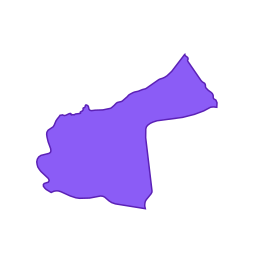 the border of Sennar, rotated 295°
{"feature_id": "SDN-880", "entity_name": "Sennar", "entity_type": "Region", "adm_level": 1, "iso_a3": "SDN", "parent_name": "Sudan", "parent_adm1": "", "projection": "albers", "projection_center": [34.248, 12.985], "detail": "fine", "context": "isolated", "style": "filled", "palette": "violet", "viewbox_px": 256, "rotation_deg": 295, "n_neighbors": 0, "source": "natural_earth", "source_scale": "10m", "svg_char_len": 2332}
<svg xmlns="http://www.w3.org/2000/svg" viewBox="0 0 256 256"><g transform="rotate(295 128 128)"><path d="M190.6,194.1L190.5,195.3L190.4,195.9L188.5,198.0L184.3,199.7L183.3,196.7L182.0,194.5L181.5,193.9L175.5,189.4L168.4,182.4L160.7,173.0L146.8,151.2L143.8,148.0L141.5,146.1L139.1,144.8L137.0,144.2L134.7,144.5L126.7,148.1L81.0,176.4L79.9,176.8L78.0,176.7L70.9,174.9L69.2,174.7L67.7,174.9L66.4,175.3L65.1,175.8L64.0,176.4L62.2,177.8L53.9,148.6L53.5,144.7L54.0,141.3L55.5,136.1L55.5,134.1L54.8,131.9L48.3,122.8L43.8,113.8L42.7,110.2L42.0,104.3L41.9,94.2L41.6,91.8L41.0,90.1L40.1,88.6L39.4,87.6L37.1,85.6L37.7,79.9L38.3,78.1L39.4,76.0L40.9,75.2L42.3,75.5L45.3,78.7L47.2,78.7L48.6,77.1L51.7,67.7L52.9,65.3L54.5,62.8L56.6,61.0L58.8,59.6L61.4,59.0L64.0,59.3L66.4,60.7L71.6,67.1L73.1,68.0L74.7,67.8L76.6,66.6L81.7,61.5L85.6,58.4L87.8,57.0L89.4,56.4L90.3,56.3L91.1,56.4L92.1,56.5L92.9,56.9L97.0,59.4L97.7,59.7L99.5,59.9L104.0,59.7L107.0,60.2L108.3,60.6L110.9,61.1L111.3,61.9L112.0,62.8L112.2,63.0L112.2,63.3L112.3,64.6L112.4,65.1L112.8,65.7L113.4,66.4L116.1,68.6L116.7,69.4L116.9,69.8L116.9,70.1L116.8,70.3L116.6,70.4L116.2,70.5L116.0,70.8L116.0,71.2L116.7,72.2L117.0,73.0L117.2,73.6L117.6,74.0L118.2,74.2L118.6,74.6L120.7,78.1L121.3,78.7L121.6,78.7L122.0,78.1L122.4,78.1L123.0,78.5L124.2,79.4L124.9,79.6L125.7,79.6L126.8,79.0L127.1,79.0L127.5,79.2L128.0,79.9L128.7,80.1L129.3,80.1L130.0,79.9L130.6,79.9L131.0,80.0L131.3,80.5L131.3,80.9L131.3,81.6L131.2,82.2L130.9,82.8L130.5,83.2L130.0,83.6L129.4,84.0L128.5,84.8L128.2,85.4L128.0,86.0L128.1,86.7L128.2,87.3L128.5,87.9L130.2,90.6L133.8,97.6L138.5,103.9L139.9,104.7L142.6,105.9L145.0,106.7L145.7,107.0L146.4,107.4L147.1,108.1L148.8,110.3L149.2,110.8L149.7,111.2L150.6,111.7L156.5,114.3L157.2,114.4L158.3,114.8L159.7,115.7L162.3,117.7L163.4,118.8L165.7,121.8L168.9,124.8L170.8,127.1L171.5,127.7L184.8,135.4L185.8,136.2L187.5,138.1L189.3,139.7L191.8,141.3L197.9,143.7L218.7,148.3L218.8,148.4L218.0,148.8L217.8,149.0L217.8,149.3L217.4,151.0L217.3,151.7L217.1,152.3L216.4,153.0L215.9,153.3L214.7,153.4L214.1,153.6L213.6,154.2L201.9,174.1L201.2,175.9L201.0,177.7L200.9,178.5L200.3,179.4L199.6,180.0L198.3,180.7L197.6,181.2L197.2,181.9L196.1,184.8L195.4,188.3L194.9,189.8L193.7,191.3L191.3,192.6L190.8,193.2L190.6,193.8L190.6,194.1Z" fill="#8b5cf6" stroke="#5b21b6" stroke-width="1.5"/></g></svg>